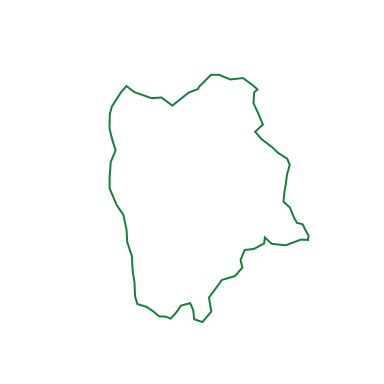 outline of Trachypedoula, Paphos, Cyprus, rotated 131°
{"feature_id": "46923920B82818287753128", "entity_name": "Trachypedoula", "entity_type": "district", "adm_level": 2, "iso_a3": "CYP", "parent_name": "Cyprus", "parent_adm1": "Paphos", "projection": "natural_earth1", "projection_center": [32.677, 34.797], "detail": "fine", "context": "isolated", "style": "outline", "palette": "green", "viewbox_px": 384, "rotation_deg": 131, "n_neighbors": 0, "source": "geoboundaries", "source_scale": "gbopen_adm2", "svg_char_len": 1080}
<svg xmlns="http://www.w3.org/2000/svg" viewBox="0 0 384 384"><g transform="rotate(131 192 192)"><path d="M152.1,73.0L148.4,75.5L146.3,81.3L143.8,87.4L146.4,92.6L144.5,98.0L139.4,108.2L139.4,116.5L131.3,122.3L124.5,126.4L116.4,131.8L107.4,136.0L104.4,142.1L106.0,152.5L105.6,160.6L106.5,174.4L105.1,183.9L94.6,182.8L89.3,193.5L84.6,203.9L76.1,210.4L71.6,209.9L71.6,215.9L72.5,228.2L81.9,236.9L85.9,248.6L91.0,254.5L107.7,255.7L110.5,255.1L119.3,259.8L139.6,263.5L140.8,277.1L147.8,284.2L154.5,301.2L155.0,311.0L163.5,311.0L179.8,308.6L187.1,305.2L198.2,295.9L205.0,286.3L210.6,277.0L222.7,273.0L235.1,263.7L243.5,256.3L251.4,239.9L254.3,228.8L263.4,216.7L272.4,207.9L279.7,195.5L291.0,184.5L298.3,175.7L308.0,166.7L312.4,159.7L308.4,150.7L307.5,142.5L307.4,135.2L303.3,130.0L301.5,125.0L292.4,124.9L285.0,125.8L277.1,120.5L280.3,113.6L286.6,106.9L283.3,98.8L269.6,99.0L260.5,110.0L238.7,111.7L227.1,104.4L216.1,104.4L211.4,110.8L201.2,114.2L194.5,108.0L183.5,103.8L178.5,107.2L178.8,97.9L170.8,86.4L156.4,78.5L152.1,73.0Z" fill="none" stroke="#15803d" stroke-width="2"/></g></svg>